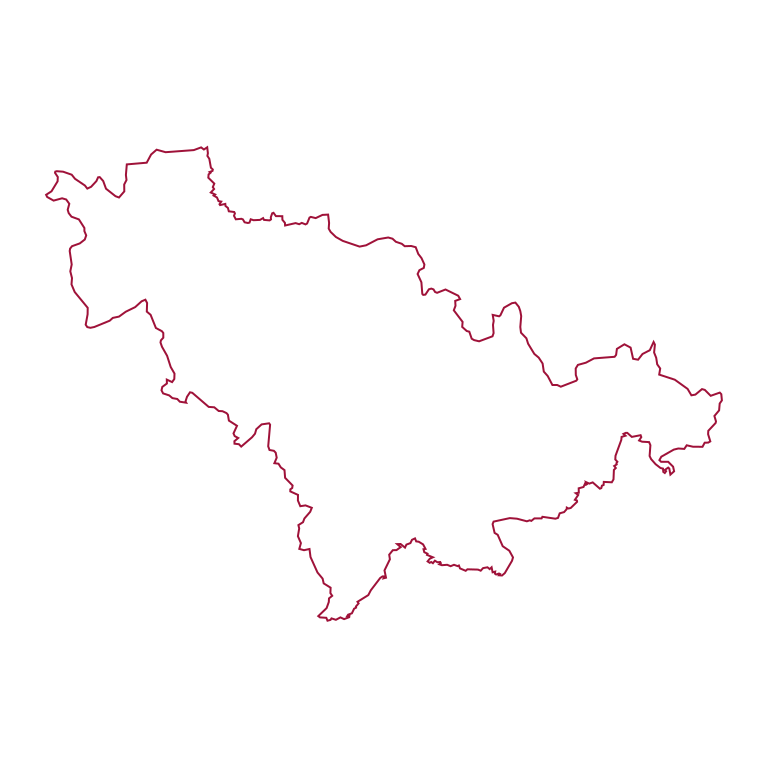 outline of Jilin
{"feature_id": "CHN-1828", "entity_name": "Jilin", "entity_type": "Province", "adm_level": 1, "iso_a3": "CHN", "parent_name": "China", "parent_adm1": "", "projection": "robinson", "projection_center": [126.245, 43.576], "detail": "fine", "context": "isolated", "style": "outline", "palette": "rose", "viewbox_px": 768, "rotation_deg": 0, "n_neighbors": 0, "source": "natural_earth", "source_scale": "10m", "svg_char_len": 6083}
<svg xmlns="http://www.w3.org/2000/svg" viewBox="0 0 768 768"><path d="M719.8,392.6L721.3,394.2L721.9,400.4L719.7,403.5L719.1,410.4L714.4,416.0L716.0,421.4L715.6,423.0L708.3,430.8L708.1,434.2L710.3,441.4L708.2,442.6L704.7,442.7L702.5,446.8L692.9,446.7L686.7,445.3L684.3,448.9L678.3,448.5L673.8,449.6L661.3,456.7L659.4,460.1L661.1,461.8L668.2,461.8L673.1,466.7L674.1,471.3L670.4,474.6L669.3,468.6L668.2,467.6L664.9,469.9L666.1,471.2L664.8,473.0L663.3,471.9L663.0,468.6L660.5,468.0L655.6,464.2L651.1,459.1L649.6,456.0L650.4,445.2L649.1,442.1L642.1,441.7L639.1,440.5L641.3,437.1L640.6,435.2L631.8,436.9L627.3,432.9L625.6,432.9L623.5,433.9L625.5,435.7L621.6,436.9L621.3,439.9L615.5,455.8L615.3,459.5L617.4,461.8L616.4,463.2L616.7,464.4L614.2,466.0L615.8,468.0L613.9,469.9L613.5,479.4L611.8,482.3L603.8,481.9L603.6,485.0L601.9,485.7L601.3,488.1L599.9,488.7L592.7,482.4L589.3,483.6L586.0,482.1L586.9,484.2L585.9,484.8L585.0,483.7L583.5,487.0L578.7,488.3L578.8,492.7L575.8,493.2L578.2,495.0L574.9,499.8L576.9,500.5L577.1,501.8L570.7,508.0L568.5,508.5L566.8,507.6L566.7,509.1L564.1,512.1L559.7,513.3L558.0,517.9L555.4,518.7L542.4,516.8L541.6,518.4L534.4,518.4L531.3,520.9L529.8,520.3L526.9,521.3L517.0,518.7L509.8,518.1L493.6,521.6L492.6,524.1L494.6,532.9L497.7,534.8L502.7,546.2L509.3,550.7L513.0,557.4L512.0,560.8L504.8,573.1L502.0,575.5L499.0,575.3L500.0,574.0L499.0,573.5L496.1,574.5L494.9,573.6L495.2,571.6L492.6,572.3L491.6,567.3L489.7,569.1L487.5,567.3L483.1,568.1L480.7,570.7L478.0,569.6L467.4,569.3L465.7,570.8L460.0,568.4L458.9,565.5L457.6,566.1L454.0,564.8L450.6,566.2L447.2,564.8L441.9,565.2L439.3,564.3L440.8,563.1L440.2,562.0L437.5,562.3L434.9,560.7L432.9,563.2L431.2,562.0L429.7,562.8L427.6,561.4L429.8,558.7L432.9,557.3L427.0,554.9L427.5,553.7L424.3,552.2L423.5,549.2L425.5,548.9L423.1,544.4L418.7,541.7L416.2,541.4L415.0,538.4L412.0,539.8L410.4,543.1L406.4,544.6L405.0,547.6L400.6,544.0L397.2,544.1L400.7,547.1L396.5,550.1L392.8,550.2L389.2,554.7L389.9,559.3L384.5,570.4L386.0,577.7L383.6,578.3L384.5,576.4L382.5,576.4L380.2,578.0L370.8,590.3L368.3,595.1L357.5,601.8L358.6,603.4L355.9,606.5L356.1,607.6L354.1,608.7L351.9,613.3L348.1,614.7L347.3,616.0L349.4,615.9L349.2,617.2L344.1,619.1L340.4,617.4L335.9,619.8L331.5,618.4L330.5,619.9L327.5,620.7L326.3,617.8L320.0,617.4L318.3,616.1L326.6,608.1L328.8,602.0L329.0,598.4L332.2,595.8L330.4,593.1L330.6,587.7L323.7,583.4L322.6,578.6L317.5,572.5L310.5,557.0L309.5,549.0L304.0,550.2L299.3,548.9L300.9,543.1L297.9,536.2L299.2,528.4L298.4,525.1L303.0,522.2L304.4,518.5L310.2,511.8L311.8,507.8L305.5,505.4L300.3,506.2L297.9,500.5L298.0,494.9L290.3,491.4L290.3,489.4L292.2,488.0L292.6,485.5L285.1,477.8L284.5,470.1L280.8,467.4L278.5,463.7L274.4,463.2L276.7,457.7L275.7,452.7L273.9,450.8L269.5,450.0L268.2,446.3L270.1,424.7L269.1,423.3L261.6,424.4L256.3,429.2L255.0,433.7L252.0,437.3L241.2,446.6L238.9,444.2L234.5,443.7L234.4,441.2L238.2,438.0L234.7,436.1L233.5,433.4L237.0,425.8L228.9,420.6L227.9,414.7L226.5,413.1L222.5,411.2L218.7,411.0L214.3,407.3L208.7,406.9L192.3,392.8L190.0,392.3L187.0,396.8L185.5,401.4L186.2,402.7L179.8,401.7L177.3,399.0L172.4,398.1L169.2,395.4L163.1,393.4L161.5,390.3L162.3,386.9L166.9,383.5L166.8,379.6L172.1,382.1L174.3,379.0L174.5,373.6L170.7,367.0L167.1,355.8L162.0,346.8L160.5,342.5L160.9,340.4L163.3,337.7L163.3,333.0L161.9,331.2L155.9,328.0L150.6,314.8L146.8,311.6L147.1,303.0L145.4,299.7L141.6,301.3L135.2,307.1L125.8,311.7L119.0,316.6L112.8,317.9L109.7,320.7L94.3,327.0L90.4,327.8L87.3,327.1L85.7,324.7L87.6,314.3L87.7,307.8L74.7,292.0L71.5,284.4L72.0,278.1L70.3,271.3L71.7,264.5L69.7,251.0L70.1,248.6L72.0,246.2L79.8,243.4L84.8,239.5L86.2,235.4L84.4,231.1L84.4,228.0L78.9,219.4L71.5,216.7L68.7,213.1L67.7,209.8L69.3,203.8L66.2,199.5L62.1,198.3L53.6,200.6L47.2,197.0L46.1,194.8L51.5,191.3L57.6,181.3L57.8,177.0L55.0,172.8L55.3,171.6L56.8,171.2L63.1,171.7L71.7,174.7L75.0,178.8L84.9,185.5L87.3,188.6L91.1,186.8L96.4,181.1L98.1,177.3L99.7,177.1L103.2,181.0L106.0,188.7L115.5,196.2L119.0,197.5L124.3,191.4L124.2,184.5L126.5,180.0L125.9,175.0L126.8,164.4L146.7,162.7L151.1,154.5L156.6,149.7L165.6,152.2L193.8,150.1L201.1,147.4L203.9,149.5L207.2,147.3L207.9,153.2L207.4,155.9L209.3,158.8L210.9,167.7L212.8,169.5L212.5,170.9L209.6,172.0L210.5,172.8L208.6,174.4L208.3,177.7L214.3,183.6L212.8,187.1L214.1,189.0L210.8,192.5L215.1,194.5L213.7,195.6L217.0,197.5L218.5,201.1L221.2,201.6L219.5,204.2L220.1,205.1L225.3,203.9L225.5,206.0L227.9,207.9L228.8,211.3L234.2,212.0L234.9,213.4L234.0,215.8L235.8,219.3L241.4,218.8L242.9,219.4L244.6,222.3L247.9,223.0L249.5,222.6L250.7,219.3L253.6,220.2L260.0,219.9L263.1,218.1L264.0,219.9L269.6,220.4L271.0,219.4L270.8,217.3L272.2,213.3L273.5,212.8L275.9,216.1L282.3,216.2L282.4,219.8L284.9,222.8L285.1,225.5L295.6,223.1L299.2,224.2L301.8,222.9L305.5,224.4L307.1,223.5L309.5,217.6L310.8,216.9L315.7,218.1L322.5,214.9L328.1,214.6L329.1,223.0L328.7,228.6L330.6,231.9L335.9,237.0L342.8,240.9L359.6,246.6L366.1,245.3L377.6,239.3L388.2,237.5L392.5,238.7L395.9,241.8L401.8,243.8L404.7,246.2L411.2,246.0L415.7,247.2L418.3,254.0L421.5,258.1L424.4,264.5L423.8,267.9L419.4,270.2L417.6,274.0L421.4,282.3L422.3,293.9L423.2,294.9L425.4,294.6L428.9,289.3L431.3,288.6L433.5,289.4L435.1,292.0L437.1,292.8L445.5,289.5L458.2,295.7L460.1,299.1L455.2,300.9L455.5,305.8L453.8,310.3L462.6,321.9L462.2,326.9L466.7,331.0L469.3,331.7L471.7,338.7L474.1,340.1L479.1,341.3L492.5,336.3L493.6,333.1L493.0,324.9L493.7,320.9L492.7,314.9L499.1,316.3L500.4,315.3L504.0,307.7L511.9,303.2L515.4,302.6L518.8,306.8L520.3,311.1L521.2,316.1L520.3,327.0L521.0,332.7L526.4,338.3L528.1,343.7L534.3,353.9L538.7,357.6L542.6,363.5L543.8,371.6L547.7,376.0L552.4,385.0L557.2,385.0L560.8,386.7L576.3,380.7L577.3,379.3L575.8,375.0L575.7,368.5L577.9,364.9L585.9,362.7L594.0,358.4L614.6,356.8L616.1,354.9L616.9,348.9L624.4,344.3L630.6,347.6L633.1,358.8L638.1,359.7L642.5,354.0L649.8,350.2L653.6,342.0L654.9,344.6L654.1,352.5L656.2,357.8L657.2,364.3L660.2,368.5L659.2,374.6L674.8,379.7L687.6,388.9L691.4,395.3L695.4,394.6L702.0,389.1L704.8,389.9L710.7,395.8L719.8,392.6Z" fill="none" stroke="#9f1239" stroke-width="2"/></svg>